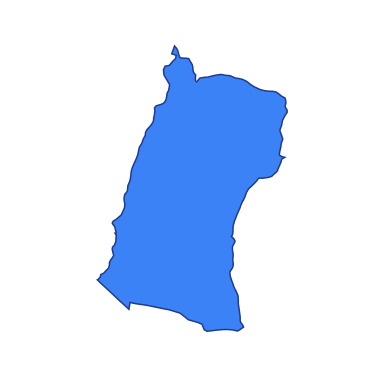 Kitutu Masaba, Nyanza, Kenya, rotated 76°
{"feature_id": "3690345B6563140226542", "entity_name": "Kitutu Masaba", "entity_type": "district", "adm_level": 2, "iso_a3": "KEN", "parent_name": "Kenya", "parent_adm1": "Nyanza", "projection": "mercator", "projection_center": [34.893, -0.689], "detail": "fine", "context": "isolated", "style": "filled", "palette": "blue", "viewbox_px": 384, "rotation_deg": 76, "n_neighbors": 0, "source": "geoboundaries", "source_scale": "gbopen_adm2", "svg_char_len": 3931}
<svg xmlns="http://www.w3.org/2000/svg" viewBox="0 0 384 384"><g transform="rotate(76 192 192)"><path d="M335.5,174.6L333.8,174.9L332.9,175.2L330.5,176.2L329.0,176.4L326.6,175.9L324.8,175.5L322.4,175.2L319.6,174.9L317.7,174.7L315.6,174.5L313.8,174.3L311.7,174.1L309.3,173.5L308.3,173.3L306.8,173.0L304.1,172.5L303.0,172.5L301.7,172.8L298.8,173.2L297.8,173.5L296.5,173.9L293.9,174.3L293.0,174.4L291.4,174.5L287.8,174.9L285.0,175.1L283.5,175.2L282.5,175.2L278.8,174.7L276.4,172.2L275.7,171.4L274.9,170.8L272.9,169.7L271.7,169.3L270.2,169.2L267.3,168.8L265.6,168.1L263.5,167.4L261.8,167.0L258.6,166.9L255.7,166.2L254.8,165.9L253.7,165.1L252.0,163.4L251.0,162.7L250.0,162.1L247.1,162.9L244.7,164.5L243.5,163.2L240.7,161.9L237.3,161.0L234.6,160.2L233.1,159.3L230.6,157.9L228.3,156.2L226.9,155.3L224.4,153.5L223.2,152.6L222.1,151.7L219.3,149.5L217.0,148.1L214.3,146.0L213.3,145.1L212.2,144.0L209.5,141.8L206.8,140.1L205.3,139.0L202.4,136.1L201.8,134.8L200.0,131.6L198.7,129.4L197.1,126.8L194.9,124.2L195.0,122.4L195.7,120.3L195.8,119.1L196.0,117.6L196.3,114.2L196.1,110.9L194.4,108.0L193.2,105.4L192.1,104.0L189.7,102.4L188.4,101.4L187.1,100.4L184.5,98.4L181.8,97.0L180.8,93.6L179.7,95.7L177.9,97.8L177.1,98.3L175.3,97.6L173.4,96.8L170.2,95.1L167.1,93.9L165.6,93.1L163.9,91.9L162.5,91.1L158.4,91.4L156.8,91.6L154.7,91.8L153.7,91.9L150.7,90.2L149.8,89.5L148.9,88.9L146.6,87.9L145.5,87.4L144.1,86.6L142.6,85.3L141.4,84.3L139.4,82.3L138.7,81.5L137.7,80.4L135.4,79.9L133.9,80.5L131.7,80.9L130.2,80.3L128.2,79.3L125.6,78.9L123.3,79.0L121.6,80.9L120.9,81.7L120.0,82.4L118.0,83.9L115.4,86.1L113.7,89.6L113.6,90.6L112.8,92.8L112.4,94.2L111.9,95.5L110.4,98.8L108.8,101.5L107.5,103.0L105.5,105.6L103.7,107.4L101.8,109.2L98.9,111.4L97.8,112.3L96.8,113.5L95.3,115.3L94.7,116.2L93.5,118.6L92.9,119.8L92.2,121.7L91.7,122.6L90.9,123.7L88.4,126.9L87.9,128.2L86.7,131.7L85.4,134.3L84.9,135.7L84.5,139.7L84.4,141.2L84.3,142.8L84.3,146.0L84.4,148.7L83.7,152.3L83.4,157.0L86.3,160.7L85.2,161.7L82.4,161.2L79.4,160.1L76.5,161.5L73.5,161.5L72.4,161.3L71.1,161.0L68.4,161.0L65.0,162.0L61.8,162.9L61.0,164.7L60.3,167.1L59.3,170.1L58.6,171.2L55.3,171.6L53.0,171.6L51.4,171.6L48.7,172.3L46.1,173.6L53.0,178.2L55.6,174.2L57.1,175.0L58.6,175.7L60.8,179.6L63.6,183.2L63.6,184.9L63.4,187.7L66.4,190.1L70.8,190.8L72.9,190.6L75.0,189.9L77.3,189.2L78.8,188.8L82.3,187.8L83.7,188.3L84.9,188.8L87.7,190.1L90.2,192.3L93.5,193.6L95.5,194.6L96.7,195.3L98.3,197.0L99.2,198.8L99.6,201.8L99.6,203.6L99.8,206.2L101.4,208.1L104.0,208.3L105.4,208.9L107.9,209.7L110.7,211.2L113.2,212.0L114.4,212.7L117.0,215.3L118.6,217.5L119.6,219.2L120.2,220.0L120.8,220.8L122.8,222.6L125.8,223.7L127.7,225.5L128.6,226.3L129.6,227.0L132.4,228.8L133.6,229.9L134.9,231.3L135.6,232.0L136.5,232.6L139.4,234.0L142.3,235.4L143.6,236.2L145.4,237.5L146.8,238.5L148.1,239.5L150.6,241.5L152.3,242.8L154.2,244.2L155.7,245.1L158.5,246.5L159.5,246.8L160.8,247.2L163.0,248.1L164.5,248.7L167.1,250.2L169.5,252.1L170.7,252.8L173.2,253.7L175.4,254.5L176.5,255.7L178.1,257.9L181.4,259.4L182.6,259.7L183.9,259.9L186.9,260.0L190.0,260.9L191.5,261.7L193.4,263.2L194.5,264.0L195.3,264.7L197.3,266.4L198.6,269.1L200.1,272.0L201.2,275.5L202.8,276.9L205.3,276.2L206.6,275.4L210.1,275.4L212.4,275.4L213.5,275.6L213.3,276.7L215.8,275.9L218.5,277.0L221.4,277.8L223.5,279.2L224.9,280.2L226.1,282.3L228.2,283.3L230.5,283.3L232.4,283.4L234.5,283.3L236.3,285.0L238.5,287.6L240.7,289.3L242.8,289.7L245.6,291.3L247.4,294.3L249.4,297.3L250.0,300.4L252.3,301.6L254.0,304.0L254.3,305.1L257.9,302.9L263.4,299.3L267.1,296.8L280.3,288.4L285.4,284.9L290.6,281.6L284.2,278.8L286.0,275.3L287.5,271.8L289.7,266.4L291.8,261.5L298.3,248.0L300.5,243.2L303.0,238.9L306.7,232.8L315.2,226.3L319.8,218.2L322.8,214.2L325.9,213.9L328.7,213.4L329.9,211.9L330.7,211.3L331.0,209.0L331.4,206.4L331.9,202.0L332.4,198.7L333.1,194.6L334.2,190.2L335.9,185.3L337.9,181.6L337.3,179.0L335.5,174.6Z" fill="#3b82f6" stroke="#1e3a8a" stroke-width="1.5"/></g></svg>